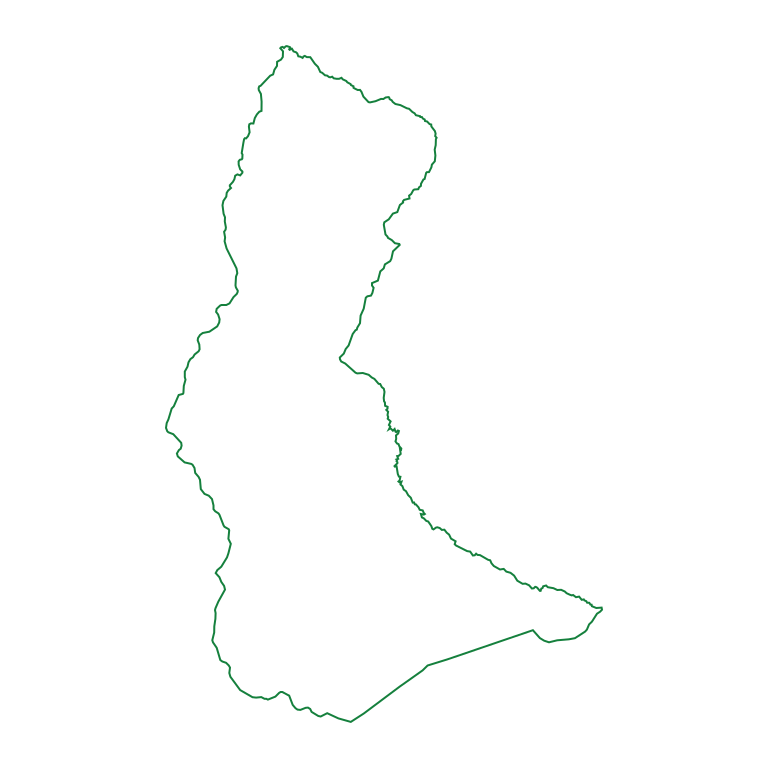 Sabanalarga, Casanare, Colombia (Albers equal-area conic projection)
{"feature_id": "7082276B53386587060055", "entity_name": "Sabanalarga", "entity_type": "district", "adm_level": 2, "iso_a3": "COL", "parent_name": "Colombia", "parent_adm1": "Casanare", "projection": "albers", "projection_center": [-72.979, 4.832], "detail": "fine", "context": "isolated", "style": "outline", "palette": "green", "viewbox_px": 768, "rotation_deg": 0, "n_neighbors": 0, "source": "geoboundaries", "source_scale": "gbopen_adm2", "svg_char_len": 6061}
<svg xmlns="http://www.w3.org/2000/svg" viewBox="0 0 768 768"><path d="M259.2,86.4L258.6,88.2L258.8,90.1L260.9,93.9L261.6,101.6L261.5,110.9L259.3,111.7L256.9,114.4L254.8,118.1L253.4,123.5L250.9,123.4L249.3,124.3L248.9,126.6L249.6,132.3L248.0,136.2L246.1,138.4L244.9,138.2L244.1,139.2L243.4,142.7L241.7,153.1L242.5,154.6L242.3,158.6L241.8,159.3L239.8,159.8L238.6,161.4L238.7,164.8L240.2,169.4L242.4,171.5L242.4,172.7L240.2,175.4L237.4,174.4L235.2,175.7L234.4,179.2L232.9,181.9L229.8,185.3L229.9,186.6L231.0,188.0L228.1,190.6L226.7,192.9L226.3,196.6L223.4,200.9L222.5,205.2L223.6,213.8L225.0,217.3L224.8,221.5L225.9,227.4L225.6,229.6L224.1,231.8L225.1,237.5L224.6,241.3L226.6,248.5L236.5,268.4L237.3,273.2L236.0,276.6L235.5,285.4L235.9,287.4L237.8,290.8L237.6,292.1L236.8,293.9L233.5,297.1L229.5,303.4L226.3,305.0L221.5,305.0L220.2,305.5L216.7,308.8L216.1,311.9L218.1,314.5L219.6,319.2L219.2,322.5L217.2,326.4L209.4,331.7L202.7,333.0L200.0,335.0L198.0,338.1L197.7,340.3L199.3,344.6L199.6,349.3L198.6,351.3L194.6,354.5L193.0,357.2L190.4,359.1L188.5,362.3L187.5,366.7L184.8,371.5L184.8,377.1L185.5,379.7L183.8,385.9L183.4,393.0L182.9,393.9L178.7,395.0L173.8,406.3L171.7,408.5L168.4,419.4L166.7,423.1L166.0,427.9L167.3,431.3L168.4,432.3L173.3,434.2L181.2,442.8L181.6,445.6L180.7,448.7L178.9,450.1L176.9,453.5L177.8,456.4L184.6,462.4L191.2,463.9L192.5,464.7L194.5,468.0L195.2,472.9L198.6,476.9L200.0,479.8L200.8,489.1L204.5,493.9L208.8,495.7L212.0,499.1L213.5,505.4L213.5,509.2L215.2,511.3L218.5,513.4L219.5,514.9L223.6,525.5L224.5,526.8L228.7,529.2L229.2,530.3L228.4,538.8L230.8,543.8L228.4,553.3L227.0,557.4L221.3,566.7L217.3,570.1L215.7,573.1L219.4,577.2L221.3,581.9L224.1,585.9L225.0,589.6L218.3,601.7L215.5,608.2L215.0,610.1L215.6,613.1L215.4,618.8L214.3,626.3L214.2,632.5L212.3,640.2L213.0,642.4L216.7,647.8L220.3,660.0L222.3,661.5L226.1,662.8L228.8,665.5L230.0,667.6L229.3,673.0L230.4,676.8L240.2,690.1L252.5,697.2L256.1,697.6L261.3,697.1L264.5,698.8L266.3,698.8L267.9,699.6L275.4,696.6L279.1,692.9L280.6,692.0L282.3,692.0L289.2,695.7L292.7,704.9L295.5,708.2L297.5,709.6L300.4,709.9L305.7,707.8L308.0,707.6L310.2,709.0L311.6,711.9L318.3,716.0L320.7,716.5L327.2,713.2L338.4,718.4L350.8,721.9L363.8,713.5L399.7,686.6L422.6,670.4L427.6,665.5L447.0,659.5L532.9,630.2L539.9,638.1L544.2,640.7L549.0,642.3L557.2,640.3L568.9,639.3L574.9,638.2L585.1,631.6L586.9,629.6L589.1,624.4L591.9,621.7L597.0,613.7L600.1,611.7L602.0,609.7L601.6,607.6L596.3,608.0L591.9,606.2L591.6,604.7L590.4,604.6L589.3,602.8L587.1,602.7L586.3,601.2L584.4,600.4L583.8,599.4L581.7,599.8L579.1,596.6L576.0,597.2L573.1,595.0L571.8,595.4L569.8,594.7L566.6,593.2L564.8,591.5L561.1,589.8L557.3,590.0L553.5,588.2L547.8,587.2L546.1,585.5L543.2,586.3L542.5,588.1L541.3,588.6L540.6,590.9L539.9,590.9L537.2,587.7L535.8,586.9L535.1,586.9L533.7,588.3L531.9,588.5L529.1,585.3L525.5,583.6L522.6,583.8L517.3,580.7L514.1,575.6L510.5,572.8L506.3,571.6L503.7,568.9L500.0,569.5L493.8,566.0L491.5,563.3L490.2,560.3L488.1,559.8L480.0,555.1L477.5,554.9L476.1,553.7L474.7,555.3L472.9,555.5L470.2,551.6L467.1,551.1L456.0,545.5L454.7,544.2L455.6,541.3L451.0,538.6L449.1,534.6L446.7,532.7L444.4,529.7L441.8,529.9L439.7,528.0L437.3,527.3L436.0,527.6L433.5,529.4L432.3,528.8L431.3,526.0L428.2,521.5L426.3,520.9L423.8,518.3L421.9,517.4L420.9,514.0L423.8,514.6L424.8,514.0L423.8,513.0L422.7,510.4L419.7,509.8L418.5,507.3L415.9,504.4L414.8,504.3L414.1,502.5L412.7,502.6L410.8,497.7L408.2,495.2L406.0,491.2L403.7,489.6L402.4,486.1L400.5,484.5L401.5,481.7L399.6,482.4L398.5,481.5L399.6,480.5L400.4,476.8L398.9,476.6L397.8,474.0L396.6,466.4L394.8,466.6L394.5,466.1L397.4,463.2L397.4,462.2L396.5,461.1L397.2,459.9L396.6,459.4L398.2,458.8L397.2,456.1L398.6,455.9L400.7,453.9L400.0,449.0L401.1,449.6L401.3,448.5L399.4,446.4L398.5,444.1L397.0,443.5L395.5,441.4L396.2,438.8L396.0,435.4L398.2,433.5L398.9,431.0L397.9,430.5L396.2,432.1L395.5,431.7L394.6,429.0L392.9,430.7L390.9,428.7L390.1,428.5L389.0,429.2L390.3,426.6L388.9,425.0L390.6,421.4L387.7,418.7L388.2,417.0L387.5,415.1L388.1,411.7L386.3,409.9L387.5,408.7L387.6,406.8L385.1,405.8L384.9,402.4L384.1,401.4L383.7,397.9L384.5,391.9L383.8,388.7L381.8,387.1L380.2,384.0L378.6,383.8L374.4,378.9L371.8,377.5L368.7,374.8L362.8,373.0L357.2,373.4L355.5,372.7L345.2,363.5L341.2,361.5L340.0,359.3L339.8,357.5L343.8,353.6L345.7,349.0L348.6,345.5L352.7,334.0L355.5,330.2L356.8,329.6L357.3,327.6L360.0,323.2L360.6,315.6L363.7,308.7L365.8,297.7L367.4,296.3L371.0,295.6L372.4,292.9L373.6,287.8L372.0,285.5L372.0,283.1L377.9,280.6L380.3,271.4L383.7,268.4L384.9,264.4L390.2,261.1L391.4,258.7L393.0,251.3L399.7,244.9L399.3,244.0L394.9,243.2L391.8,240.1L387.9,237.8L387.5,236.6L385.5,234.5L383.8,224.8L384.3,222.3L388.8,219.3L392.9,213.6L397.3,212.1L399.9,205.0L403.1,202.5L402.9,201.3L404.1,199.9L409.5,198.5L409.1,195.6L411.2,194.0L413.2,190.3L414.3,189.5L418.3,189.2L419.0,187.4L420.9,185.9L421.0,183.8L423.4,179.5L424.6,179.0L426.2,172.8L426.8,172.2L429.0,172.1L431.4,167.3L431.9,164.6L434.8,161.3L435.4,155.5L434.7,149.6L435.7,145.2L435.9,139.1L436.6,137.8L435.2,136.1L435.6,133.6L434.9,131.1L431.4,126.5L431.2,124.5L429.6,124.1L427.1,121.5L425.0,121.0L424.7,119.5L422.8,118.5L422.0,117.1L420.3,117.0L420.1,116.2L415.9,115.2L414.6,113.3L412.4,112.0L409.1,108.8L406.9,108.3L400.4,105.1L395.4,104.0L392.7,101.9L391.7,100.3L389.7,99.2L389.1,97.4L388.4,97.1L385.6,97.5L383.4,99.0L381.1,98.9L375.5,101.2L370.0,102.4L368.5,102.1L363.4,96.6L361.5,91.9L360.0,89.9L357.7,90.0L354.3,88.3L353.5,87.8L353.5,86.3L351.0,85.1L350.6,84.1L347.3,82.3L346.3,81.0L342.7,79.3L341.5,77.8L339.1,78.8L336.6,78.8L333.7,78.3L332.2,76.7L330.4,77.3L329.1,77.1L327.1,75.6L325.0,75.3L322.2,72.8L320.3,72.0L317.9,66.8L314.8,63.7L310.3,57.2L306.8,57.1L304.8,55.9L303.5,56.5L302.6,57.9L300.4,56.7L298.3,56.3L297.3,53.5L296.1,52.3L293.5,51.4L292.0,48.8L289.6,49.8L289.2,49.3L290.3,47.6L289.9,47.1L286.8,46.1L285.6,46.4L284.0,48.0L282.7,46.9L281.1,47.3L280.3,48.2L283.0,51.3L282.8,57.0L281.0,59.6L277.1,61.8L277.0,65.9L274.4,69.8L273.1,74.4L270.2,75.7L260.6,85.8L259.2,86.4Z" fill="none" stroke="#15803d" stroke-width="2"/></svg>